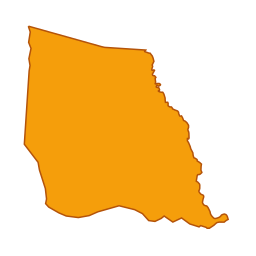 the district of St. Tammany, Louisiana, United States of America, rotated 4°
{"feature_id": "52423323B29403129163195", "entity_name": "St. Tammany", "entity_type": "district", "adm_level": 2, "iso_a3": "USA", "parent_name": "United States of America", "parent_adm1": "Louisiana", "projection": "mercator", "projection_center": [-89.763, 30.431], "detail": "fine", "context": "isolated", "style": "filled", "palette": "amber", "viewbox_px": 256, "rotation_deg": 4, "n_neighbors": 0, "source": "geoboundaries", "source_scale": "gbopen_adm2", "svg_char_len": 2574}
<svg xmlns="http://www.w3.org/2000/svg" viewBox="0 0 256 256"><g transform="rotate(4 128 128)"><path d="M140.3,49.0L99.1,49.2L95.9,48.7L22.2,33.5L21.7,34.0L23.8,39.0L22.9,49.5L25.7,55.4L24.3,65.8L25.9,72.5L25.4,77.9L25.5,103.7L25.7,150.7L25.7,151.4L26.2,152.0L40.7,168.5L42.6,176.1L49.8,194.2L51.7,204.5L51.1,209.2L54.4,212.4L65.0,217.5L72.5,220.1L84.7,220.8L95.4,218.1L103.8,213.7L124.5,206.2L140.4,209.0L148.4,212.4L155.1,218.9L161.4,219.3L167.4,215.9L170.2,213.3L179.3,218.7L187.7,214.0L196.3,219.4L205.8,221.7L207.3,220.3L213.0,221.7L213.9,222.5L216.2,222.3L220.5,219.0L221.6,217.8L223.2,216.2L225.5,215.5L230.5,215.2L232.4,213.4L234.3,212.2L233.3,209.5L232.6,208.3L231.7,207.5L230.2,207.1L229.4,207.3L227.8,208.0L227.2,208.5L226.7,209.3L225.6,210.5L223.4,211.6L221.1,212.3L219.8,211.9L218.0,210.3L216.5,208.4L216.1,207.3L215.6,205.6L213.4,201.8L212.0,200.3L210.2,200.0L209.3,199.6L208.8,199.2L207.8,197.9L207.5,197.1L207.5,196.5L207.8,193.9L208.3,191.8L208.3,190.7L207.7,189.8L205.5,189.0L204.6,188.3L203.2,186.6L203.1,185.5L203.4,185.0L203.5,184.9L203.8,183.2L203.6,180.0L203.3,179.0L201.5,177.2L199.8,176.3L200.3,170.9L200.7,169.9L200.8,169.7L202.5,169.4L203.2,169.0L204.8,167.3L204.7,166.9L203.7,165.1L203.6,161.1L203.8,158.9L201.9,157.4L199.3,156.0L199.2,154.9L198.9,154.5L197.1,153.5L195.8,153.1L194.9,150.8L194.4,148.2L192.1,144.4L191.3,142.1L189.5,138.5L188.8,137.5L188.1,136.6L188.0,134.3L188.5,134.2L188.9,134.7L189.2,134.7L189.6,133.8L189.1,128.8L188.6,127.1L188.2,126.8L187.8,125.2L188.4,123.1L188.2,121.1L186.4,118.6L184.6,117.2L182.9,116.6L181.8,114.2L180.6,112.3L180.5,112.2L179.8,112.5L178.8,112.4L177.7,110.5L177.3,108.7L176.3,107.6L175.8,107.4L173.4,106.7L171.1,105.8L171.0,105.3L169.9,104.0L168.1,104.0L166.5,103.1L166.4,102.9L166.3,100.5L165.8,99.6L163.6,99.8L163.1,97.5L162.9,95.5L162.6,94.7L161.5,91.8L160.3,90.0L160.1,89.9L159.0,90.0L157.7,89.9L157.0,89.7L156.2,89.4L155.8,89.2L155.7,88.9L155.8,88.7L156.1,88.6L156.7,88.5L156.8,87.5L156.0,85.8L153.6,85.4L153.3,85.1L153.3,84.5L153.6,83.7L154.0,83.4L154.3,83.4L155.4,84.1L156.6,83.6L157.3,82.9L157.4,82.5L157.2,82.1L156.0,81.4L154.4,81.5L153.3,81.9L152.6,82.1L152.1,82.0L152.0,81.7L152.4,80.6L151.6,76.4L151.9,76.2L152.1,76.0L152.3,75.5L150.9,74.1L149.6,74.0L149.0,73.7L148.6,72.8L148.7,72.3L149.4,70.9L150.2,69.1L150.4,68.6L149.9,68.3L149.5,68.3L148.2,68.8L147.6,68.4L147.9,66.3L148.3,65.1L148.2,64.5L147.7,63.5L149.2,59.7L148.1,56.4L147.2,54.5L144.8,51.8L143.9,51.9L142.5,51.5L139.3,50.6L139.2,50.0L139.7,49.4L140.2,49.2L140.3,49.0Z" fill="#f59e0b" stroke="#b45309" stroke-width="1.5"/></g></svg>